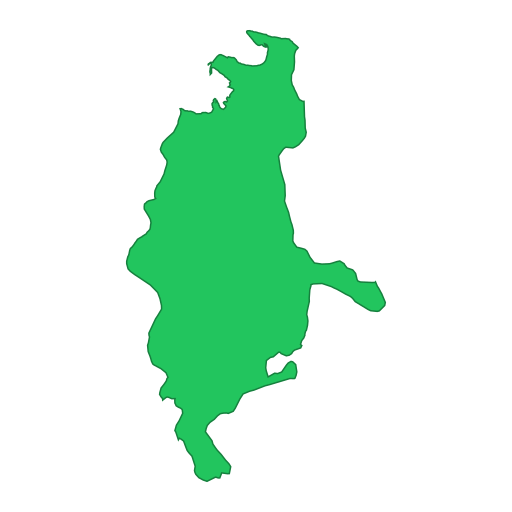 outline of Abshaway, Al Fayyum, Egypt
{"feature_id": "37247803B9213477235230", "entity_name": "Abshaway", "entity_type": "district", "adm_level": 2, "iso_a3": "EGY", "parent_name": "Egypt", "parent_adm1": "Al Fayyum", "projection": "equal_earth", "projection_center": [30.701, 29.374], "detail": "fine", "context": "isolated", "style": "filled", "palette": "green", "viewbox_px": 512, "rotation_deg": 0, "n_neighbors": 0, "source": "geoboundaries", "source_scale": "gbopen_adm2", "svg_char_len": 5963}
<svg xmlns="http://www.w3.org/2000/svg" viewBox="0 0 512 512"><path d="M298.2,47.7L296.9,46.3L293.0,43.1L292.2,41.7L290.0,40.3L289.6,39.3L288.3,38.9L287.5,38.9L285.4,38.5L281.2,38.7L280.4,38.2L277.0,37.4L274.5,37.0L272.4,37.1L270.7,36.7L269.8,36.2L269.0,36.3L267.3,35.4L266.0,34.4L265.2,34.5L263.1,34.1L260.1,33.2L258.0,32.8L257.2,32.4L255.5,32.0L254.2,32.0L253.0,31.6L252.1,31.1L250.9,31.2L250.0,30.7L247.5,30.8L246.7,31.3L246.7,32.3L247.2,33.3L249.3,35.6L249.8,36.5L250.6,37.0L251.1,37.9L252.8,39.8L253.7,41.2L256.3,44.0L257.1,44.5L257.6,45.0L258.8,45.4L259.7,45.4L260.9,44.8L262.2,44.8L263.5,46.2L264.3,46.6L265.6,47.1L266.4,47.0L266.0,45.6L265.1,45.2L264.6,43.7L265.9,44.2L266.7,44.6L267.6,46.0L268.1,47.5L268.2,49.9L267.4,52.8L267.5,54.3L266.7,56.7L266.0,59.7L265.2,61.2L264.0,62.7L262.7,63.7L261.9,64.2L260.7,64.7L259.9,65.2L258.2,65.3L256.9,65.8L251.9,66.0L251.1,65.6L249.8,65.6L247.7,65.2L246.1,65.3L243.9,64.4L241.4,64.0L240.1,63.1L239.3,63.2L238.4,62.7L238.0,62.2L237.2,61.8L236.3,59.9L234.5,58.0L233.7,57.6L231.6,57.6L230.3,57.2L228.2,56.8L227.4,57.8L223.2,55.6L221.9,55.1L221.1,54.7L219.8,54.7L218.6,55.2L218.2,55.7L217.3,56.3L213.3,61.3L212.9,62.3L210.4,62.4L209.5,63.3L208.4,63.9L208.0,65.4L208.8,64.4L209.7,63.5L210.9,63.3L211.3,63.8L211.3,65.2L210.6,66.7L210.2,68.7L210.2,69.6L209.9,71.1L209.9,72.1L210.3,73.5L210.3,74.4L211.6,73.0L211.5,69.1L211.8,67.6L213.1,67.6L214.4,68.0L215.6,68.9L216.1,69.4L217.8,70.3L219.9,72.7L221.6,73.6L224.2,75.4L225.1,76.8L226.8,77.7L228.5,79.6L229.4,80.0L230.7,81.4L230.3,82.4L229.5,82.9L229.9,84.4L230.3,84.9L229.1,86.4L228.3,86.9L230.9,87.7L231.7,88.2L233.0,88.6L233.8,89.6L233.5,91.0L232.6,91.5L230.2,94.6L229.8,95.4L229.9,97.0L229.1,97.5L227.4,97.1L227.0,97.6L226.6,98.6L227.0,99.5L227.5,101.0L226.7,102.0L225.4,101.5L224.6,101.6L223.8,102.1L223.4,102.6L223.8,103.5L226.0,105.9L225.6,107.4L224.4,108.4L223.4,109.4L221.0,108.5L219.7,107.1L219.3,105.7L218.8,105.2L218.8,104.2L217.9,102.8L217.0,100.9L216.2,101.9L216.2,100.5L215.7,99.0L214.9,98.6L213.7,99.6L213.3,100.6L213.7,102.0L212.9,102.5L212.1,103.5L212.1,105.0L212.6,106.4L212.6,107.4L213.1,107.9L213.5,108.8L211.9,111.8L211.5,112.3L209.1,113.3L207.8,113.4L207.0,112.9L205.7,112.5L202.3,112.6L201.1,113.7L196.1,113.9L194.8,112.9L193.1,112.0L190.6,111.2L188.5,111.3L187.2,110.8L186.0,110.9L184.3,110.5L183.4,109.5L182.2,109.1L181.7,108.6L180.1,108.7L181.0,111.6L180.7,114.5L179.1,118.4L178.3,120.9L178.0,123.8L173.7,132.2L167.2,138.1L163.1,142.4L162.3,143.8L160.8,147.8L160.4,149.3L161.3,152.1L163.1,154.5L164.4,156.9L165.7,158.7L166.6,159.7L167.0,161.1L167.1,162.6L166.7,165.0L164.8,170.9L164.1,173.9L160.2,181.8L156.9,185.8L156.6,187.3L156.2,187.8L155.0,190.7L154.7,193.2L154.8,197.0L155.7,198.4L154.0,199.5L149.0,200.7L147.0,201.7L146.2,202.7L144.9,203.7L144.5,204.2L144.2,206.7L144.3,209.1L148.7,216.2L150.4,219.5L151.0,222.9L150.6,224.9L150.3,227.8L149.9,229.3L148.7,230.8L147.1,232.3L146.3,233.8L142.2,236.4L141.8,236.9L140.6,237.4L137.5,239.3L136.1,241.5L134.9,243.0L134.1,244.4L132.1,247.0L130.4,248.5L129.7,250.4L129.0,254.0L128.6,255.3L127.8,256.8L126.7,261.2L126.7,263.7L128.1,268.9L130.3,271.3L134.6,274.5L138.9,277.3L150.4,285.0L155.5,290.2L157.7,292.5L160.0,298.7L161.5,305.5L161.6,308.9L161.2,309.8L157.6,315.8L155.6,318.8L148.9,333.1L149.0,335.1L149.5,337.0L148.4,342.9L147.6,345.3L148.2,351.6L150.1,356.4L151.0,359.3L151.5,361.2L152.8,364.0L154.1,365.0L160.9,368.6L166.0,372.7L168.0,377.4L167.0,378.5L166.3,381.0L163.9,384.5L161.1,388.0L159.9,392.4L159.6,394.4L161.3,397.2L162.6,398.6L162.7,400.1L166.0,397.5L167.2,397.0L168.9,397.4L171.8,398.7L175.1,398.6L174.8,400.0L174.9,403.0L176.2,405.8L178.4,407.2L180.5,408.1L182.2,409.5L182.7,413.3L179.2,420.7L176.4,425.2L174.9,430.6L175.8,432.0L178.4,439.8L179.3,438.2L181.0,439.1L183.6,441.0L185.9,447.2L187.2,450.5L189.0,452.9L192.0,456.2L195.2,466.2L194.5,470.6L195.0,472.5L195.9,474.4L198.9,477.7L203.2,480.0L207.0,481.3L215.6,477.1L218.1,477.9L219.8,477.9L221.7,472.9L227.6,473.7L229.3,473.6L230.7,466.7L229.0,463.9L225.5,460.1L221.2,454.5L217.3,450.3L215.5,447.9L212.9,444.1L212.0,440.8L205.4,431.8L206.2,428.4L207.3,425.4L209.9,422.4L214.3,419.3L217.5,415.8L220.3,413.7L223.3,413.1L226.6,413.0L228.3,413.4L233.2,411.3L235.2,408.3L239.9,398.9L243.1,393.9L249.7,391.2L253.9,390.1L265.0,385.8L269.6,384.6L289.9,378.5L294.3,378.6L294.9,378.3L296.1,375.3L296.8,371.9L295.7,364.6L292.7,361.8L291.0,361.4L288.2,363.0L286.5,365.0L281.7,372.0L277.6,373.6L274.7,373.2L268.1,376.9L266.2,370.7L265.7,367.8L266.4,360.5L270.4,357.4L273.3,356.8L278.6,352.2L279.9,352.2L281.2,353.6L286.3,355.8L289.2,355.2L291.6,353.6L292.8,351.6L294.5,350.1L300.7,347.9L301.8,345.5L300.5,344.5L301.7,340.6L303.7,338.1L304.9,335.2L304.8,334.2L305.6,331.2L306.4,330.2L307.5,325.3L307.9,321.0L307.4,317.1L306.7,314.7L307.1,311.3L309.3,301.5L309.2,298.1L309.8,289.8L310.9,285.9L311.0,284.6L313.3,283.9L322.1,283.5L331.4,286.6L333.9,287.9L336.9,289.2L341.1,291.5L345.8,294.2L348.8,295.6L350.5,296.5L352.6,298.3L355.2,301.6L368.0,309.4L370.6,310.7L377.3,311.4L379.3,310.9L384.7,305.5L385.3,302.4L381.7,293.8L380.9,292.4L378.6,288.1L377.3,286.2L375.5,281.9L375.1,282.4L372.2,282.5L360.5,282.0L358.0,281.1L357.1,279.7L355.6,273.5L353.0,270.2L352.2,269.7L347.1,268.0L344.9,265.2L344.1,263.7L339.8,261.0L336.9,261.6L331.9,263.2L329.4,263.8L321.9,264.1L314.4,263.0L310.0,257.3L306.9,251.1L304.8,249.3L301.8,248.4L296.8,247.2L293.7,242.9L292.8,241.0L293.0,234.7L293.4,233.2L293.3,230.3L291.9,224.5L291.0,222.2L289.6,216.9L288.6,212.5L287.2,208.7L286.8,207.8L284.5,201.1L285.2,195.7L284.8,184.6L280.6,170.2L278.5,156.2L279.3,154.7L282.5,150.2L283.7,148.7L285.8,147.2L292.9,147.9L295.4,146.8L298.7,144.7L302.3,140.7L304.3,138.2L305.5,136.2L306.2,132.3L305.2,128.0L305.0,120.2L304.5,116.8L304.0,101.3L302.8,101.4L299.4,99.6L297.6,96.3L296.7,93.9L294.5,89.6L293.6,87.2L292.2,84.8L291.3,80.5L291.5,74.7L293.9,69.7L294.5,61.9L294.3,56.1L294.6,53.7L295.8,50.3L297.4,48.7L298.2,47.7Z" fill="#22c55e" stroke="#15803d" stroke-width="1.5"/></svg>